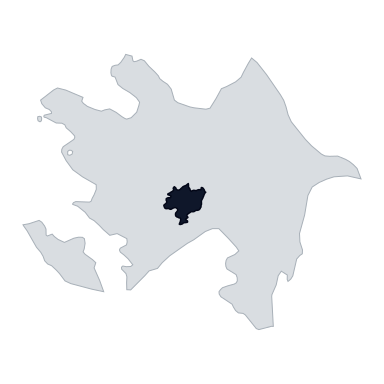 Aghjabadi District, Ağcabədi, Azerbaijan (highlighted)
{"feature_id": "54616110B84161876100413", "entity_name": "Aghjabadi District", "entity_type": "district", "adm_level": 2, "iso_a3": "AZE", "parent_name": "Azerbaijan", "parent_adm1": "Ağcabədi", "projection": "orthographic", "projection_center": [47.427, 39.997], "detail": "fine", "context": "in_parent", "style": "filled", "palette": "ink", "viewbox_px": 384, "rotation_deg": 0, "n_neighbors": 0, "source": "geoboundaries", "source_scale": "gbopen_adm2", "svg_char_len": 5331}
<svg xmlns="http://www.w3.org/2000/svg" viewBox="0 0 384 384"><path d="M273.3,326.4L271.5,326.3L258.9,329.6L256.3,328.6L245.3,314.9L243.1,313.4L238.4,312.9L235.6,310.6L233.4,307.0L232.1,304.2L220.9,296.8L219.2,294.1L219.0,291.7L220.6,289.5L222.5,287.7L227.9,285.8L234.2,284.1L236.2,282.9L237.3,280.9L237.2,277.7L236.1,274.6L227.0,269.0L225.9,266.5L225.6,263.5L226.1,260.4L227.5,257.9L234.9,254.5L238.8,250.9L236.3,247.1L228.3,238.3L218.8,228.6L212.5,228.6L205.3,231.5L193.7,239.8L187.3,243.4L178.9,249.3L169.7,255.8L162.2,262.7L157.5,268.4L149.1,270.9L144.9,275.6L130.7,289.9L126.8,289.7L126.6,282.6L126.9,276.9L126.0,273.6L121.6,269.1L121.5,267.2L122.8,266.0L126.2,266.7L130.7,266.5L132.8,264.8L128.1,258.8L123.9,254.9L120.4,252.2L119.6,250.6L119.6,249.4L120.4,248.1L126.5,244.9L127.2,241.9L126.8,238.6L117.1,233.6L109.8,235.3L103.4,229.7L99.3,225.4L94.2,220.7L89.6,218.1L85.2,212.3L77.6,206.2L72.7,204.4L72.8,203.5L73.7,202.5L75.8,201.6L89.5,202.1L91.2,201.1L92.1,198.5L94.1,194.8L96.3,189.3L96.2,184.7L82.6,176.9L72.8,169.8L66.1,160.6L61.6,152.1L61.8,149.3L63.2,146.7L74.0,139.3L74.8,137.3L74.6,135.9L70.9,131.9L66.2,127.8L64.8,124.8L61.8,123.2L56.2,123.0L46.3,117.7L44.2,117.2L43.8,116.2L44.3,115.2L51.5,113.4L51.4,111.7L49.3,109.5L45.3,107.8L41.8,103.7L40.6,100.1L53.6,90.0L57.5,88.0L65.8,90.1L83.0,97.4L81.7,101.2L83.4,103.4L87.4,106.4L95.0,109.5L101.4,111.2L104.7,109.9L109.7,108.9L116.2,112.4L122.1,116.8L125.1,118.6L126.7,119.1L131.2,117.7L136.7,112.2L138.9,105.4L139.6,102.2L136.4,97.7L130.0,92.7L122.7,88.4L118.0,84.6L115.1,77.1L112.1,76.2L111.4,75.2L110.9,72.7L111.1,69.1L112.2,66.4L115.1,65.3L118.1,64.9L120.8,62.3L124.3,57.3L125.7,54.4L132.0,56.1L132.9,60.7L134.0,61.7L136.6,61.2L141.0,59.3L144.4,60.8L148.9,66.3L155.0,72.1L158.4,75.9L159.7,78.6L162.8,81.2L167.5,84.3L171.2,89.1L174.4,100.1L177.8,102.7L189.8,106.9L194.0,107.8L205.9,109.2L210.0,108.2L216.0,98.6L221.4,88.7L226.5,86.6L235.7,81.8L241.1,77.2L243.4,72.4L248.4,63.2L251.6,58.0L257.0,62.5L266.6,74.7L280.3,94.6L283.7,100.3L286.0,106.8L288.1,114.8L291.3,121.8L305.4,139.4L311.5,145.8L321.4,154.1L324.9,155.9L329.4,156.3L337.7,156.1L345.5,159.3L349.4,161.5L353.4,164.7L357.1,168.5L361.0,178.9L347.5,175.9L334.0,176.8L326.5,179.2L319.1,182.5L312.2,187.0L307.9,195.5L304.6,215.1L299.5,233.5L299.9,241.9L302.5,250.0L302.3,253.8L299.8,255.5L296.7,259.0L292.8,275.9L290.7,279.2L288.0,281.4L287.2,279.4L287.3,275.0L281.3,271.2L278.2,275.7L276.2,284.9L271.9,294.7L271.7,296.5L273.3,326.4ZM72.1,154.1L72.7,151.5L71.1,150.3L69.3,150.2L67.7,151.4L67.7,154.7L69.8,155.3L72.1,154.1ZM25.9,229.1L23.9,226.3L23.0,224.8L29.1,223.7L39.1,220.4L41.8,222.2L44.6,226.0L46.0,229.1L46.1,235.0L47.3,236.0L52.2,234.1L54.3,236.5L58.0,239.4L64.4,242.4L73.9,238.2L78.5,237.2L82.4,237.3L84.4,238.7L85.1,243.3L84.2,248.9L83.1,251.9L85.0,254.2L92.6,259.7L95.8,262.7L94.1,267.9L99.7,280.6L101.5,285.6L103.7,291.7L91.9,289.2L70.8,283.6L65.0,280.9L59.6,273.7L56.4,270.2L51.6,265.7L47.7,264.0L44.7,260.8L43.1,256.3L40.7,252.2L36.5,247.3L27.1,230.8L25.9,229.1ZM41.3,120.9L40.0,121.8L38.1,120.8L37.6,118.8L37.8,116.7L39.7,116.3L41.3,116.9L41.7,118.8L41.3,120.9Z" fill="#d9dde1" stroke="#a8b0b8" stroke-width="1"/><path d="M188.3,183.7L187.6,184.0L186.8,184.8L186.2,185.3L184.7,185.9L184.3,186.1L183.5,186.4L182.6,187.0L182.0,187.7L181.0,188.5L180.4,189.2L179.6,189.8L178.3,190.2L177.5,190.1L176.1,189.0L175.9,188.1L175.0,187.2L174.4,186.8L173.7,187.3L173.2,188.3L173.6,189.5L173.5,190.2L172.9,190.9L172.3,191.4L171.6,191.8L170.5,192.4L169.6,193.1L168.2,193.7L167.8,194.1L167.9,194.7L169.5,195.3L170.8,195.8L170.9,196.8L170.4,197.7L168.5,197.7L167.9,197.8L166.6,198.4L166.2,198.9L166.2,199.7L166.2,200.3L166.8,201.6L166.6,202.6L165.7,203.7L165.2,204.1L164.5,204.5L163.9,205.2L163.9,205.8L164.4,207.2L164.9,208.1L165.7,208.6L166.9,208.7L167.9,208.5L168.8,208.6L169.5,209.0L170.4,209.3L171.5,209.1L172.5,208.4L173.4,208.0L174.7,207.6L175.4,207.6L176.0,207.8L176.8,208.3L177.5,209.0L177.7,210.3L177.4,210.9L177.1,211.3L176.5,212.1L175.7,213.0L175.6,213.5L175.5,213.9L175.5,214.8L175.7,215.9L176.8,216.9L177.8,217.2L178.6,217.7L179.4,217.9L180.2,218.1L180.4,218.3L180.6,219.0L180.7,219.7L180.5,220.6L180.3,221.5L180.0,222.4L179.6,223.2L179.4,223.8L179.4,224.1L179.4,224.3L179.6,224.4L180.3,224.5L181.2,224.3L181.8,224.1L182.6,223.8L183.3,223.0L184.0,222.7L184.9,222.7L186.2,222.5L187.0,222.4L187.5,222.1L187.6,221.2L187.2,220.7L186.7,220.4L186.2,220.0L185.7,219.7L185.8,219.2L186.4,218.5L187.2,218.0L187.7,217.7L187.9,217.2L187.3,216.5L187.0,216.0L186.9,215.4L187.1,214.8L187.6,214.2L188.2,213.8L188.5,213.5L189.3,213.0L189.8,212.7L190.5,212.1L191.0,211.7L192.1,211.7L193.3,211.7L194.0,211.6L194.7,211.2L195.3,210.7L196.1,210.4L196.6,210.3L197.5,210.3L198.3,210.1L198.9,209.9L199.5,209.3L200.1,208.7L200.3,208.0L201.0,207.0L201.0,205.6L201.5,204.2L201.4,201.3L201.5,200.6L201.8,199.9L202.2,199.2L202.7,198.3L203.1,197.2L203.5,196.4L203.9,195.3L204.2,194.4L204.8,193.4L205.3,192.5L205.6,192.2L205.3,192.0L204.7,191.4L204.5,190.6L204.3,190.0L203.7,189.1L203.3,188.4L202.4,187.7L201.7,187.5L201.3,187.7L201.1,188.7L200.8,189.9L200.3,189.8L199.0,189.6L197.8,189.9L196.9,190.3L196.1,190.7L194.8,190.4L193.5,190.3L192.4,190.7L191.2,191.3L190.9,191.0L190.1,189.9L189.9,189.1L189.6,188.4L188.7,187.4L188.5,186.6L188.5,185.2L188.4,183.9L188.3,183.7Z" fill="#0f172a" stroke="#020617" stroke-width="1.5"/></svg>